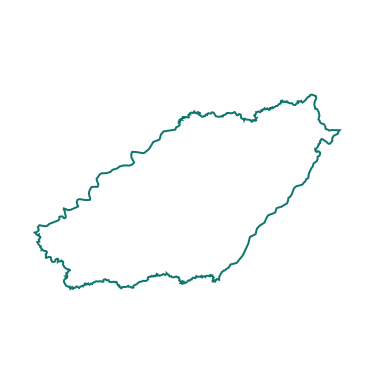 outline of Porto Murtinho, Mato Grosso do Sul, Brazil, rotated 46°
{"feature_id": "56859067B2206660547368", "entity_name": "Porto Murtinho", "entity_type": "district", "adm_level": 2, "iso_a3": "BRA", "parent_name": "Brazil", "parent_adm1": "Mato Grosso do Sul", "projection": "robinson", "projection_center": [-57.425, -21.181], "detail": "fine", "context": "isolated", "style": "outline", "palette": "teal", "viewbox_px": 384, "rotation_deg": 46, "n_neighbors": 0, "source": "geoboundaries", "source_scale": "gbopen_adm2", "svg_char_len": 6025}
<svg xmlns="http://www.w3.org/2000/svg" viewBox="0 0 384 384"><g transform="rotate(46 192 192)"><path d="M250.2,42.9L244.6,48.3L243.1,50.7L241.6,50.9L239.5,52.1L237.6,50.6L234.7,50.0L232.7,51.2L231.1,51.5L228.9,50.6L227.7,50.7L225.4,47.1L222.0,45.1L218.8,44.5L218.0,45.5L214.3,43.5L212.2,41.0L210.9,37.5L209.1,36.3L205.2,38.1L204.3,39.9L204.9,41.1L204.2,42.9L204.8,47.4L204.4,50.4L203.3,50.6L202.3,50.2L202.0,51.4L201.2,52.1L201.4,52.9L200.4,52.5L200.1,53.0L201.4,54.4L201.0,55.3L201.2,57.1L199.8,58.5L197.4,58.4L196.4,59.8L193.5,61.3L193.2,60.6L192.6,60.8L191.8,62.5L191.5,63.0L191.1,62.8L189.8,64.8L188.9,63.7L188.3,64.8L188.8,65.6L189.8,65.6L189.7,67.8L189.2,68.2L189.4,70.8L188.6,71.6L187.7,76.0L187.4,76.3L186.7,75.7L186.3,77.2L185.9,77.5L186.8,78.4L186.4,79.6L185.9,79.6L185.9,78.9L184.5,80.2L184.1,80.0L183.8,81.6L182.9,82.2L182.2,81.8L182.2,84.1L181.7,84.4L182.0,85.0L181.6,85.4L182.3,85.6L181.7,86.9L182.0,87.5L180.1,88.3L179.9,89.5L179.2,90.3L179.8,90.6L180.2,93.7L180.8,93.4L181.3,94.3L182.5,94.3L183.6,95.5L183.9,94.7L184.2,95.9L185.0,96.2L184.5,97.3L185.0,97.6L183.6,97.1L183.2,97.6L183.2,98.7L182.3,98.8L182.8,100.2L180.2,100.3L177.4,102.8L176.1,102.9L175.9,103.5L176.5,104.7L175.2,104.0L174.5,104.9L172.9,105.2L169.9,103.2L168.6,104.1L168.5,106.0L168.0,106.3L164.1,105.8L163.1,108.6L159.4,111.9L159.7,113.5L158.3,116.8L159.0,117.1L158.9,117.8L157.7,118.7L156.6,120.5L154.0,122.2L150.1,121.3L148.6,122.2L148.7,124.0L146.8,125.4L146.4,126.6L147.1,127.5L145.9,128.5L146.5,130.1L145.6,131.0L145.2,132.4L141.3,133.2L141.0,131.6L140.4,131.5L138.7,132.3L139.1,133.1L138.4,133.0L138.3,134.3L137.3,134.7L135.6,134.5L136.1,136.2L134.4,137.3L133.9,139.0L135.0,139.4L134.0,140.9L136.1,142.3L135.8,143.0L133.9,144.0L133.4,146.0L132.6,145.6L131.7,146.5L132.5,147.3L131.9,148.5L132.3,149.6L132.8,149.5L131.9,150.5L131.6,150.4L131.6,150.9L132.3,150.8L132.2,151.3L133.2,151.8L132.3,152.7L133.3,153.8L134.5,153.6L135.2,154.2L135.3,155.9L134.5,158.5L135.5,160.7L128.7,170.4L129.0,174.2L131.7,178.9L129.1,185.1L131.3,193.1L130.7,199.2L130.2,200.1L123.6,205.1L121.6,207.2L122.5,209.3L125.1,211.6L130.5,213.1L130.7,215.5L129.7,218.4L125.5,222.6L123.3,226.5L123.1,229.3L120.8,233.8L120.9,236.8L119.1,240.3L115.8,244.0L115.3,245.9L116.2,251.3L117.6,252.5L121.3,253.9L122.6,255.7L122.5,256.5L118.8,260.4L118.7,261.6L120.0,265.2L121.7,267.5L125.8,269.7L126.7,270.8L124.3,273.9L119.0,277.8L118.1,279.8L119.0,281.7L120.9,283.1L123.1,283.7L123.3,284.2L120.3,292.1L118.8,293.8L114.8,295.6L115.1,296.2L116.5,296.5L121.8,299.7L122.6,300.7L122.6,301.5L121.6,302.4L119.7,302.1L118.0,303.9L117.8,304.9L119.4,306.2L119.5,308.1L115.8,316.8L115.8,319.5L114.4,321.7L110.0,324.7L110.1,327.1L112.7,328.5L113.2,329.2L112.9,331.7L111.9,333.3L115.5,333.2L116.2,331.6L117.0,332.8L118.9,332.2L119.6,333.4L119.7,335.2L121.6,336.3L120.5,338.0L123.7,338.9L126.0,338.5L126.3,339.5L128.2,339.4L129.2,340.5L129.4,339.8L131.8,339.2L133.2,338.0L134.1,338.0L134.9,338.6L135.1,340.5L136.3,341.2L137.7,342.8L138.2,342.5L139.4,339.8L140.9,338.9L142.8,340.4L145.0,341.0L146.3,340.1L146.8,338.4L145.8,337.2L146.3,335.3L147.2,334.9L149.1,337.0L149.2,336.0L150.8,334.7L150.5,333.6L152.8,333.2L154.8,335.3L157.6,336.0L159.7,335.8L163.0,334.0L163.5,334.3L163.0,336.1L163.6,337.6L163.2,338.5L164.0,338.5L164.0,339.5L165.0,339.7L165.2,340.1L164.8,341.0L165.7,340.6L165.6,341.6L166.4,341.1L166.8,341.3L166.4,345.0L167.3,346.4L171.9,347.7L174.5,346.7L175.1,345.6L177.0,346.8L177.1,344.2L178.0,344.1L178.2,345.3L179.0,344.9L178.8,343.8L179.8,342.5L179.6,341.2L180.0,340.3L182.6,339.9L182.5,338.4L183.3,336.1L184.2,335.9L183.9,334.8L184.4,333.7L183.5,333.0L183.6,332.5L184.0,331.9L185.3,332.0L185.7,330.3L186.3,330.6L187.6,330.1L187.6,328.3L188.9,327.7L188.5,326.3L189.7,322.9L191.6,321.3L192.3,320.0L194.7,318.5L194.9,318.0L193.7,316.8L194.6,314.8L196.1,314.8L197.4,313.2L198.5,313.8L200.0,313.4L201.3,312.1L202.3,310.4L203.3,310.3L204.2,308.8L207.3,309.9L208.3,310.0L208.1,309.4L208.6,309.1L210.0,310.0L210.8,309.5L211.2,310.0L212.1,309.8L212.3,307.8L214.8,304.9L215.1,303.1L216.2,303.3L217.7,301.9L218.6,301.9L219.6,301.3L219.4,300.7L219.9,300.4L218.9,299.2L218.9,298.5L219.8,296.1L220.1,292.2L221.3,290.8L221.8,288.9L223.3,287.8L224.4,285.9L224.2,284.1L223.3,283.8L222.9,282.8L223.2,281.6L224.2,280.9L224.3,279.3L225.1,279.2L225.4,278.3L226.0,278.3L226.2,277.2L227.2,276.7L226.8,276.0L227.3,275.6L226.8,275.5L226.5,274.2L229.6,273.7L230.7,271.5L231.1,269.6L233.0,269.0L232.9,268.1L234.2,266.9L233.6,266.6L235.7,266.4L237.2,266.8L237.9,265.6L239.5,265.5L240.8,264.3L241.7,262.0L243.4,261.8L243.9,260.8L246.7,261.9L246.8,262.6L249.4,262.6L249.6,263.4L250.2,262.6L251.0,262.8L250.7,261.5L249.6,260.8L250.6,260.2L251.6,260.3L252.1,261.2L252.4,260.8L253.2,258.4L253.1,256.0L254.1,255.3L254.0,253.7L254.8,252.9L254.2,251.4L254.9,250.1L256.3,249.6L256.4,249.0L255.5,247.3L256.9,246.9L258.5,245.0L259.7,244.4L258.8,244.0L258.9,243.3L260.4,243.3L260.8,242.1L261.8,241.4L262.3,241.5L262.1,240.4L263.3,238.7L264.7,237.7L264.4,236.5L265.9,235.5L266.0,236.2L266.3,235.7L268.6,235.7L268.8,237.0L270.1,237.6L269.8,237.9L270.2,239.0L270.9,239.3L271.8,238.1L271.2,237.8L272.5,237.6L272.2,236.3L271.7,236.3L271.8,234.6L274.0,233.5L272.0,231.5L270.4,226.4L270.5,223.9L271.3,222.8L271.2,221.0L271.9,218.3L270.9,214.6L274.0,209.3L272.9,199.6L268.3,187.5L264.6,181.6L266.5,175.6L263.5,170.8L263.2,166.7L264.4,161.1L262.2,156.0L261.7,153.1L263.8,148.6L264.5,146.2L262.6,142.9L262.6,141.7L264.6,138.2L266.2,131.4L264.6,128.4L263.3,127.0L263.6,124.6L262.9,121.6L260.5,116.8L260.1,114.8L260.5,112.7L263.3,107.7L262.9,104.5L263.2,103.4L262.1,101.0L262.7,98.6L259.9,95.0L257.8,89.7L257.5,87.3L256.0,84.9L256.4,80.7L255.6,78.9L253.9,77.1L254.4,75.6L254.1,74.2L252.6,72.4L250.9,72.7L249.7,73.4L250.0,74.3L248.7,74.8L246.9,73.9L246.5,73.3L247.1,72.9L246.8,69.7L245.6,67.9L246.0,67.7L245.5,66.4L245.8,65.8L244.3,64.6L244.4,63.4L243.8,62.1L244.6,61.5L248.3,60.6L252.0,60.3L253.1,59.3L252.7,55.5L250.7,53.8L250.0,51.0L251.4,46.6L250.4,45.0L250.2,42.9Z" fill="none" stroke="#0f766e" stroke-width="2"/></g></svg>